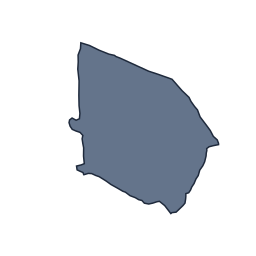 outline of Åsele, Västerbotten, Sweden, rotated 225°
{"feature_id": "70781695B85403631212767", "entity_name": "Åsele", "entity_type": "district", "adm_level": 2, "iso_a3": "SWE", "parent_name": "Sweden", "parent_adm1": "Västerbotten", "projection": "albers", "projection_center": [17.524, 64.215], "detail": "fine", "context": "isolated", "style": "filled", "palette": "slate", "viewbox_px": 256, "rotation_deg": 225, "n_neighbors": 0, "source": "geoboundaries", "source_scale": "gbopen_adm2", "svg_char_len": 1281}
<svg xmlns="http://www.w3.org/2000/svg" viewBox="0 0 256 256"><g transform="rotate(225 128 128)"><path d="M52.2,180.3L53.2,181.2L56.5,182.7L61.7,182.4L68.1,184.4L74.6,185.4L84.8,186.8L87.7,188.1L91.6,189.9L96.3,190.3L102.2,191.3L106.5,192.8L116.3,192.6L131.3,193.6L135.2,191.8L138.7,190.1L145.0,187.1L153.5,182.8L165.3,178.4L182.8,171.9L187.1,170.0L188.9,169.8L193.8,166.7L203.4,162.6L213.6,159.1L221.6,154.9L217.7,150.5L214.9,144.3L209.9,139.5L205.1,134.1L195.9,126.7L185.7,116.2L178.3,109.1L172.3,104.3L168.9,100.2L170.2,96.8L174.6,95.5L175.0,92.4L173.5,90.1L170.1,88.3L166.5,87.6L162.6,89.1L158.8,91.0L154.7,90.8L152.8,87.9L149.0,85.1L145.3,82.6L139.6,76.7L133.7,71.9L135.0,68.8L137.5,64.7L134.4,62.4L131.6,63.4L128.3,64.7L126.3,63.7L126.2,63.7L124.0,67.8L121.4,70.1L117.3,71.6L114.0,73.2L106.2,75.0L100.1,76.0L93.1,78.0L87.0,79.6L84.4,80.8L78.7,81.6L73.6,83.9L69.7,84.9L66.9,86.6L63.3,86.4L59.6,88.9L57.3,92.5L55.4,96.3L53.9,98.4L47.2,99.1L37.2,97.8L37.1,99.2L34.5,102.5L34.4,106.4L34.3,112.1L34.6,115.2L37.1,118.6L38.8,120.6L40.7,122.5L39.3,125.1L39.9,128.3L41.2,131.4L42.0,135.4L43.9,140.0L44.7,144.0L47.5,149.0L48.4,154.2L49.9,158.3L53.0,163.4L55.0,165.7L56.3,167.8L57.8,169.1L57.4,172.1L55.2,175.8L52.2,180.3Z" fill="#64748b" stroke="#1e293b" stroke-width="1.5"/></g></svg>